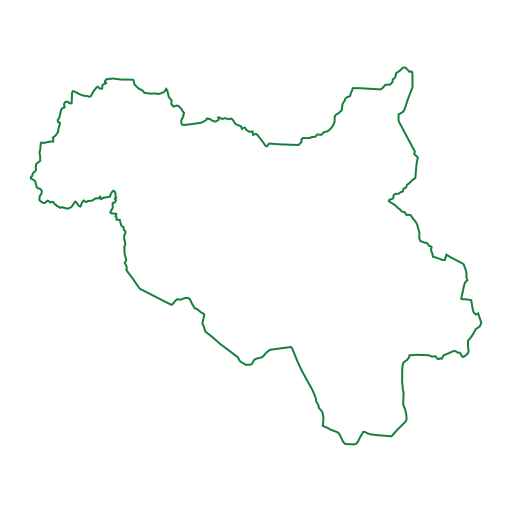 Dong Xuan, Phú Yên, Vietnam
{"feature_id": "81297802B78420794750623", "entity_name": "Dong Xuan", "entity_type": "district", "adm_level": 2, "iso_a3": "VNM", "parent_name": "Vietnam", "parent_adm1": "Phú Yên", "projection": "natural_earth1", "projection_center": [108.875, 13.413], "detail": "fine", "context": "isolated", "style": "outline", "palette": "green", "viewbox_px": 512, "rotation_deg": 0, "n_neighbors": 0, "source": "geoboundaries", "source_scale": "gbopen_adm2", "svg_char_len": 5929}
<svg xmlns="http://www.w3.org/2000/svg" viewBox="0 0 512 512"><path d="M411.1,71.4L409.6,71.9L405.4,67.6L403.0,67.6L399.6,70.9L396.2,73.1L395.4,76.7L394.2,78.5L392.8,79.2L392.4,82.2L390.5,84.2L390.1,84.6L385.4,84.8L382.3,88.3L380.5,89.4L358.1,88.1L352.7,88.1L352.2,90.3L350.9,92.7L350.2,95.8L349.7,96.3L346.7,97.3L345.2,98.7L344.9,100.4L343.3,102.6L342.4,104.6L341.7,110.4L338.2,113.5L336.3,114.4L335.0,115.9L334.6,117.3L334.6,121.9L332.5,126.4L330.5,128.8L327.7,131.2L324.0,132.2L321.3,134.8L317.2,134.5L315.4,136.7L311.3,137.1L310.0,138.0L302.7,138.1L301.5,139.4L301.4,142.1L299.0,144.6L298.1,145.0L279.0,144.3L269.6,143.6L268.8,143.8L267.6,145.7L266.7,146.4L265.4,145.7L263.4,142.7L257.0,134.4L255.8,133.9L253.1,134.8L252.6,131.5L250.1,131.9L248.7,131.4L246.1,129.7L245.3,128.1L244.7,127.6L243.5,127.9L242.1,128.9L240.8,126.2L236.2,124.4L235.1,123.6L232.9,120.0L231.3,118.6L228.5,119.2L224.9,118.1L222.3,119.0L219.0,117.4L218.2,117.5L218.8,118.7L218.6,119.8L215.8,121.5L215.0,121.6L211.6,120.3L210.0,118.9L208.8,119.0L207.2,118.4L206.7,118.7L206.4,119.8L204.9,120.9L200.7,122.9L185.4,124.9L182.4,124.8L181.5,123.6L181.2,120.9L182.1,118.3L183.4,116.9L183.1,114.9L184.0,113.9L184.0,112.7L182.8,111.5L181.7,109.3L178.6,106.1L177.2,105.5L173.5,106.6L173.0,105.5L171.8,105.0L171.4,103.8L171.5,100.2L168.8,97.1L167.2,90.3L166.1,88.9L164.9,91.1L163.6,92.2L159.6,93.8L158.0,94.0L155.4,93.4L151.0,93.7L144.8,92.9L144.2,92.7L143.0,90.9L138.4,88.3L134.5,84.6L133.5,80.3L132.9,79.7L120.6,79.5L112.9,78.5L110.8,78.9L109.1,78.7L107.6,79.3L106.7,79.1L105.2,80.7L104.9,81.6L105.0,82.4L105.9,82.6L106.1,83.2L103.2,84.4L102.5,85.1L102.2,88.5L101.7,88.8L99.8,88.5L97.7,86.7L96.8,87.1L94.1,90.5L92.3,93.3L91.3,95.6L90.5,96.4L88.9,96.8L87.5,96.0L86.0,96.1L81.6,95.1L78.2,93.6L77.1,92.6L75.9,92.5L73.8,91.3L72.7,91.2L72.1,92.7L72.0,94.1L71.7,103.0L71.1,103.4L70.1,103.4L69.1,103.0L68.1,101.8L65.5,101.8L64.3,103.3L64.1,104.7L64.6,107.4L62.6,108.1L61.2,109.6L59.4,117.4L57.7,120.1L58.0,121.8L58.4,122.3L59.9,122.7L60.0,123.0L59.3,126.2L58.4,128.8L58.0,132.3L56.7,133.6L55.7,135.6L52.8,137.6L53.4,140.4L53.2,141.6L49.9,141.6L44.4,142.8L42.8,142.9L41.4,142.5L40.8,143.1L40.1,150.6L39.4,152.1L40.1,155.8L40.2,160.8L36.1,164.1L35.7,167.4L36.0,169.2L35.8,170.1L34.7,171.8L33.3,172.8L32.5,174.2L32.2,176.1L31.0,176.9L30.7,177.8L31.4,178.9L32.8,179.4L35.0,181.1L35.7,182.9L36.7,187.2L38.1,188.4L39.9,188.7L41.6,190.3L41.8,191.5L41.3,194.3L40.2,195.4L39.6,196.9L39.4,199.8L40.3,201.1L42.5,202.6L44.0,203.1L44.8,203.0L47.6,200.7L48.4,200.8L50.1,202.5L51.9,201.9L52.7,201.9L53.4,202.3L54.4,204.0L56.0,204.9L56.8,205.9L59.1,206.9L60.0,207.8L62.6,207.1L63.7,207.8L64.9,207.9L66.7,208.6L68.7,208.4L71.5,207.0L73.8,203.5L75.0,201.9L75.6,201.6L78.8,205.8L80.2,206.6L80.8,206.1L81.7,203.3L83.6,200.5L86.3,202.1L88.0,201.0L92.0,200.7L95.3,198.5L99.4,198.2L99.9,196.6L100.3,196.8L100.5,198.5L101.3,199.2L102.7,197.9L109.5,196.8L110.2,196.4L110.6,194.3L111.5,192.7L113.1,190.8L113.6,190.7L115.0,192.1L115.4,193.1L115.5,196.2L116.1,197.5L115.0,198.3L114.9,198.9L115.8,199.9L115.9,200.5L114.7,202.6L113.0,202.7L112.7,203.0L112.6,205.3L112.8,207.8L110.5,211.8L110.4,212.6L111.0,213.2L116.3,213.9L116.4,214.4L115.5,216.3L116.6,217.3L116.4,219.5L116.9,219.8L119.7,219.8L121.3,225.5L121.9,226.2L123.5,227.1L123.8,229.7L125.3,231.1L125.4,233.1L124.2,235.6L124.1,238.0L125.4,244.4L125.0,245.6L124.1,246.9L124.5,248.2L124.4,250.9L124.8,255.0L126.2,259.4L126.1,260.6L124.7,262.8L126.3,265.7L126.8,268.6L126.3,270.0L133.0,279.0L139.0,287.7L140.4,289.1L171.3,304.8L172.1,304.6L176.6,299.5L177.8,299.3L180.3,299.7L184.9,298.1L186.8,297.8L188.9,298.3L190.3,299.9L191.7,303.1L194.7,308.3L197.1,309.0L200.8,312.2L203.9,313.9L204.3,315.2L202.6,322.0L202.5,324.0L203.8,326.5L205.2,331.2L205.5,331.7L212.4,337.1L220.1,343.9L237.7,357.1L239.9,361.0L240.8,361.9L245.9,364.8L250.2,364.7L251.5,364.1L252.3,363.4L254.1,359.9L256.3,358.7L261.9,357.3L263.7,355.8L264.7,354.3L268.0,351.1L270.5,349.7L290.9,347.0L292.2,348.5L297.8,362.2L302.4,371.9L312.3,389.8L314.2,394.0L315.8,398.1L316.2,401.5L318.3,405.0L318.9,407.9L321.6,411.0L322.6,413.0L323.4,417.0L323.3,421.1L322.7,425.9L327.6,427.9L331.0,429.8L337.4,432.2L339.1,433.6L343.3,442.0L345.2,444.0L354.2,444.4L355.9,443.9L356.7,443.3L357.8,441.7L361.8,434.2L363.4,431.8L364.6,431.9L369.1,434.0L375.4,435.0L391.5,436.3L397.5,429.6L405.5,421.6L406.3,420.2L406.6,418.7L406.3,414.8L405.3,409.9L403.2,404.6L403.6,392.8L402.7,388.7L402.7,386.4L402.1,381.8L402.3,367.7L403.0,363.8L403.9,362.1L406.8,360.2L408.2,358.6L409.3,356.7L409.5,355.3L416.5,354.8L428.7,355.2L432.0,356.6L435.5,356.3L437.4,358.7L438.7,359.1L440.3,358.2L441.2,358.8L441.9,358.7L443.5,355.4L454.0,350.9L455.8,351.3L457.8,352.7L459.7,352.7L460.8,354.0L461.8,356.1L462.5,356.8L463.2,356.9L465.0,355.9L467.5,353.8L468.4,352.0L468.6,350.7L468.0,346.4L468.0,340.9L472.1,335.7L475.9,329.0L479.7,326.5L481.3,322.9L478.2,313.4L476.7,314.4L475.7,314.4L473.7,312.4L473.0,310.5L471.2,300.2L467.8,299.5L461.4,299.0L461.2,298.6L464.3,284.5L465.0,282.6L467.4,280.2L466.4,277.6L466.5,273.6L465.3,268.3L464.7,267.5L463.9,264.7L463.3,263.9L449.6,256.7L446.5,254.6L444.8,260.0L443.9,260.1L442.1,259.8L436.6,257.7L433.0,256.8L432.5,254.1L431.1,250.6L431.1,249.1L431.5,247.8L431.5,247.0L431.1,246.5L429.0,245.9L427.5,243.6L426.8,243.0L424.9,242.7L420.4,241.1L419.2,237.9L419.4,232.8L417.1,224.5L415.5,221.5L413.5,219.3L410.8,215.4L409.4,214.8L406.5,214.9L404.6,212.1L401.9,211.6L399.5,208.9L398.5,208.5L395.1,205.2L389.2,201.5L388.8,200.9L389.4,199.8L392.7,198.7L393.3,198.0L393.5,195.8L393.9,194.9L395.0,194.1L395.7,193.8L398.5,193.8L400.7,192.1L403.0,191.4L403.5,188.8L404.0,188.3L405.3,188.1L406.1,187.5L407.0,184.8L408.6,183.8L412.6,179.9L415.3,178.1L416.5,164.3L417.8,157.4L414.2,154.0L414.8,151.7L414.6,151.1L398.9,121.6L398.5,119.8L398.6,114.4L402.6,112.2L403.8,110.8L404.5,109.5L407.6,100.0L412.5,87.3L412.5,76.6L412.3,72.3L411.1,71.4Z" fill="none" stroke="#15803d" stroke-width="2"/></svg>